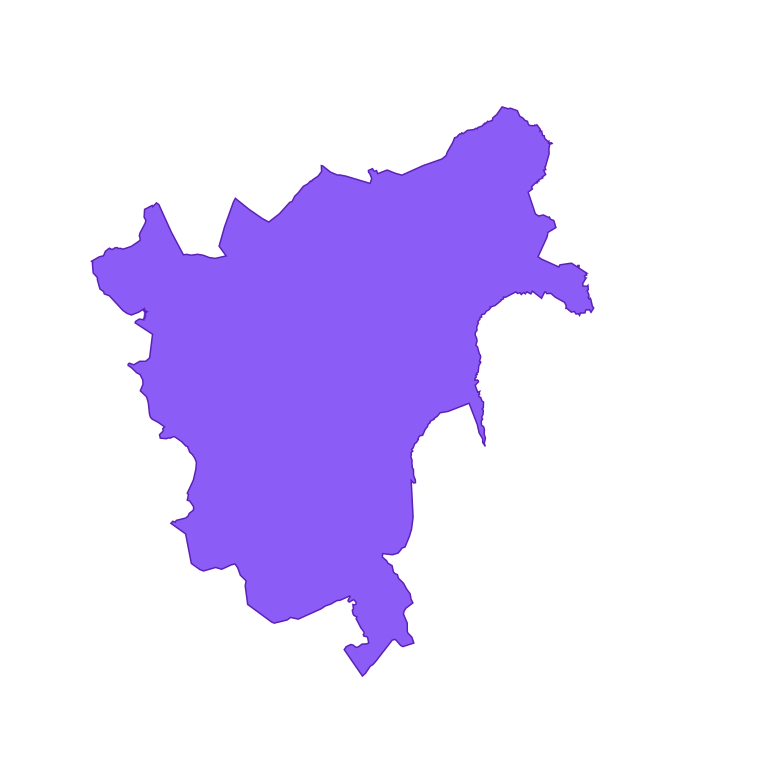 Santiago de Anaya, Hidalgo, Mexico (Albers equal-area conic projection), rotated 156°
{"feature_id": "50627088B8235398301321", "entity_name": "Santiago de Anaya", "entity_type": "district", "adm_level": 2, "iso_a3": "MEX", "parent_name": "Mexico", "parent_adm1": "Hidalgo", "projection": "albers", "projection_center": [-99.002, 20.428], "detail": "fine", "context": "isolated", "style": "filled", "palette": "violet", "viewbox_px": 768, "rotation_deg": 156, "n_neighbors": 0, "source": "geoboundaries", "source_scale": "gbopen_adm2", "svg_char_len": 6171}
<svg xmlns="http://www.w3.org/2000/svg" viewBox="0 0 768 768"><g transform="rotate(156 384 384)"><path d="M597.2,373.8L608.2,364.2L607.6,362.5L611.0,357.9L609.1,356.2L608.0,350.4L608.0,348.9L609.4,346.3L614.6,345.0L616.4,343.2L619.6,342.2L629.2,343.9L630.9,342.7L632.7,344.5L635.4,343.4L626.2,327.8L633.0,298.4L627.7,289.4L624.9,286.6L612.5,284.9L607.6,280.8L597.1,280.9L593.3,280.2L592.4,275.6L593.0,267.7L590.0,260.2L592.8,256.3L598.2,238.1L583.5,212.3L581.6,210.2L574.0,208.8L568.1,207.8L564.4,208.8L558.0,204.1L533.0,204.2L527.8,205.1L522.3,204.6L515.1,205.3L512.1,204.3L501.6,204.3L501.5,203.5L504.9,201.0L505.0,199.7L504.3,198.9L499.9,199.3L499.1,198.8L498.3,195.7L499.2,194.3L500.4,194.1L502.1,195.2L503.4,191.0L505.0,190.2L505.8,186.6L505.6,184.8L503.5,182.3L504.9,181.0L504.3,170.4L503.2,165.8L503.5,164.3L504.9,163.5L504.9,161.8L502.5,160.2L502.1,159.1L503.3,153.6L505.7,153.7L509.8,155.3L514.4,154.3L516.6,154.7L518.6,158.2L520.2,159.5L525.3,159.4L528.4,157.5L522.5,126.0L518.5,127.3L511.3,131.8L508.3,132.2L504.5,133.9L480.6,146.7L478.0,146.2L477.2,145.1L475.1,138.3L473.5,136.4L462.1,135.2L461.5,141.4L463.4,146.5L463.4,148.3L460.0,156.2L459.8,165.9L458.1,168.3L455.3,170.2L446.6,172.3L446.8,176.7L445.5,181.6L446.8,187.9L447.2,194.0L449.8,200.6L449.3,204.4L451.2,206.5L451.8,208.6L450.5,214.8L453.3,218.7L453.5,221.4L455.9,226.6L454.2,229.6L445.8,224.6L439.8,223.8L434.1,226.8L431.2,226.5L423.2,234.0L417.8,240.3L411.6,250.5L398.4,284.8L397.3,281.6L395.4,281.0L394.4,283.6L394.2,288.3L391.8,294.1L392.3,295.4L390.8,300.1L389.4,302.9L389.0,306.9L387.9,308.0L387.2,310.3L385.0,311.0L385.3,313.2L383.6,313.6L380.2,317.0L378.4,317.3L375.2,319.3L375.4,320.0L373.3,321.7L371.9,322.1L369.6,321.4L364.9,325.7L361.6,327.4L360.2,329.2L357.6,329.9L357.2,331.1L352.4,331.5L352.1,332.2L348.4,332.9L344.5,334.9L336.6,332.9L314.1,331.8L315.3,309.0L317.0,300.6L316.2,293.9L317.6,290.4L316.8,285.8L316.5,289.1L313.3,293.3L312.9,297.5L310.8,301.5L310.4,304.7L311.6,306.3L311.4,307.6L310.1,310.8L308.2,311.7L308.3,313.9L305.8,316.1L304.0,319.6L304.5,321.3L302.9,321.9L300.4,327.0L301.4,328.8L301.1,332.4L302.3,333.7L301.8,335.7L300.8,335.8L300.8,337.1L299.6,338.3L301.8,338.4L301.2,345.8L296.8,347.6L296.5,348.7L297.2,349.8L299.5,350.5L298.5,352.1L296.9,352.8L296.6,354.9L295.0,354.7L294.9,356.3L293.2,356.5L289.8,362.3L286.9,364.4L286.7,365.0L287.6,365.8L284.7,369.3L284.3,371.3L284.6,372.9L283.5,379.9L284.4,382.1L281.6,385.2L280.8,387.9L280.8,391.6L279.7,393.9L277.3,395.1L275.9,398.7L273.0,401.2L273.0,402.9L270.2,404.0L269.2,405.7L267.5,405.5L267.5,406.5L266.4,407.7L263.7,407.1L260.8,408.9L258.0,409.1L255.5,410.3L255.7,411.1L250.6,410.5L243.0,412.6L242.8,413.3L240.2,413.2L239.6,414.8L237.5,413.8L226.1,414.5L225.2,412.4L222.6,412.1L222.2,409.9L219.2,410.8L218.2,408.9L216.1,410.1L213.2,406.6L210.6,408.4L205.2,398.2L199.8,402.7L198.8,402.2L198.7,400.5L194.6,398.8L192.4,393.9L185.9,385.2L185.7,381.4L187.1,379.1L186.3,378.9L183.7,373.5L180.6,372.8L180.1,369.8L177.8,369.1L177.4,367.1L175.7,368.9L171.5,367.2L169.7,369.4L168.6,369.5L167.6,368.6L166.1,368.5L165.7,365.3L161.5,368.1L162.0,370.3L160.6,377.5L160.8,378.6L161.9,378.2L162.2,380.2L161.2,380.5L160.5,382.4L160.5,386.7L159.0,387.0L157.6,391.1L158.6,390.6L162.4,392.6L161.5,395.0L156.3,398.6L157.1,398.8L156.9,401.2L154.5,401.1L154.5,403.0L153.7,402.8L158.7,410.5L157.6,412.9L158.7,413.4L159.5,411.8L163.5,418.0L165.5,418.7L174.1,421.1L175.1,421.2L176.7,419.8L189.4,434.1L191.5,437.6L175.2,452.0L172.6,455.8L163.3,457.0L162.4,464.3L165.0,466.9L165.0,469.3L166.1,469.3L169.6,473.6L174.5,474.6L176.5,477.9L174.3,500.6L169.1,501.8L169.0,504.1L164.3,505.9L162.0,505.5L162.1,506.6L159.8,506.5L159.8,507.6L155.1,507.7L155.2,508.7L151.1,509.6L151.2,514.4L149.1,514.0L148.9,516.8L148.1,516.9L139.6,527.1L137.5,532.1L134.9,535.7L132.6,535.3L132.8,536.2L134.6,536.8L135.2,536.2L135.9,537.2L134.5,538.7L135.7,539.2L137.3,542.7L136.7,545.7L138.0,546.6L137.1,551.0L138.9,551.4L137.6,553.0L138.9,558.6L140.1,558.4L140.9,559.3L142.0,558.9L146.0,561.1L146.5,562.8L146.1,565.6L148.1,567.6L148.8,570.2L151.1,573.5L151.0,579.4L156.4,584.6L158.6,584.9L163.4,589.1L171.6,584.2L176.3,582.9L178.0,580.7L182.1,581.2L182.4,581.8L184.6,580.8L185.7,581.3L186.3,580.3L187.5,580.9L188.8,579.8L193.8,580.1L195.1,579.2L195.9,580.2L198.5,579.9L204.7,581.8L209.8,580.5L210.8,581.8L211.8,581.1L212.8,581.6L214.7,581.1L216.9,580.0L219.4,580.2L223.0,576.6L232.0,570.0L234.3,567.4L239.7,566.0L259.1,567.6L282.7,567.5L288.2,572.1L294.1,578.2L304.2,578.7L304.0,582.0L306.0,582.2L306.8,583.2L306.9,585.4L311.4,585.4L312.0,583.4L311.4,582.4L311.6,576.8L315.1,572.9L334.4,589.5L339.8,593.2L341.4,593.7L346.6,599.2L351.4,608.3L352.4,609.0L354.6,603.5L359.7,600.7L366.5,599.5L367.7,598.6L368.7,599.3L372.3,597.8L377.3,597.4L384.6,593.5L389.1,591.9L393.7,588.1L396.2,588.3L410.4,582.0L423.4,578.8L427.9,584.7L436.2,598.3L444.3,614.1L447.7,611.3L465.6,592.6L478.6,577.0L476.1,565.2L487.1,567.4L492.2,570.6L496.7,575.1L501.5,578.3L507.8,580.1L511.5,582.7L514.7,583.6L516.5,608.9L516.7,639.5L518.2,642.0L523.2,640.0L523.2,641.4L531.7,640.9L535.3,634.0L535.0,630.4L536.8,628.0L545.5,621.2L547.3,618.8L547.5,616.4L548.5,614.4L558.9,612.5L567.5,613.3L569.5,615.1L571.8,616.0L572.3,617.2L574.4,617.8L577.7,617.4L579.7,619.8L584.5,618.6L588.1,615.2L592.3,616.0L601.3,615.1L600.5,613.5L601.3,612.9L604.5,603.7L602.5,597.7L603.4,596.0L604.9,586.4L602.6,582.5L602.9,580.1L599.0,576.3L592.7,557.6L590.1,553.1L586.7,549.8L578.9,549.4L571.4,550.5L573.6,549.8L571.6,547.2L573.3,547.9L572.4,546.3L573.3,546.6L573.0,545.5L574.3,545.3L574.1,543.5L575.4,543.5L575.4,541.6L576.6,541.9L577.2,540.3L581.2,542.9L585.5,542.2L586.5,541.1L575.2,523.6L587.5,503.2L592.5,501.7L597.9,504.1L604.7,503.3L608.2,506.6L609.6,506.2L610.2,505.0L608.1,501.7L605.4,494.9L603.0,491.8L602.7,485.8L604.3,481.7L609.4,476.9L606.1,468.8L607.0,462.6L610.5,451.8L610.9,448.5L610.1,446.2L605.7,440.5L601.9,434.1L604.4,433.1L604.5,431.4L605.3,430.7L609.7,429.0L610.4,425.5L605.2,422.6L602.3,422.3L601.4,421.5L598.0,421.6L596.5,420.7L592.2,413.5L590.3,408.0L588.9,406.8L589.2,400.8L587.7,397.4L587.0,392.8L587.3,388.6L590.4,382.9L597.2,373.8Z" fill="#8b5cf6" stroke="#5b21b6" stroke-width="1.5"/></g></svg>